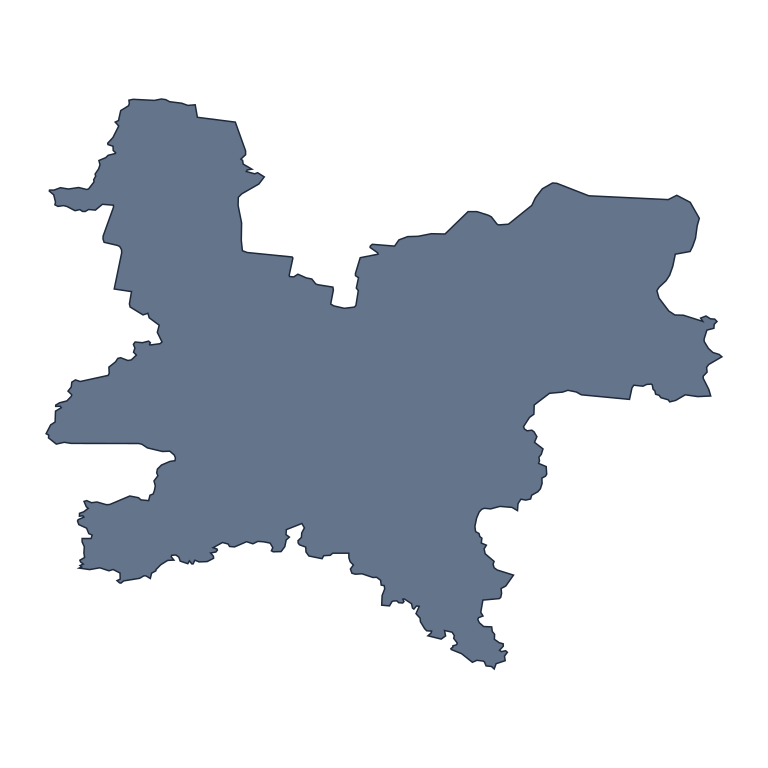 outline of Kirov
{"feature_id": "RUS-2384", "entity_name": "Kirov", "entity_type": "Region", "adm_level": 1, "iso_a3": "RUS", "parent_name": "Russia", "parent_adm1": "", "projection": "natural_earth1", "projection_center": [49.311, 58.566], "detail": "fine", "context": "isolated", "style": "filled", "palette": "slate", "viewbox_px": 768, "rotation_deg": 0, "n_neighbors": 0, "source": "natural_earth", "source_scale": "10m", "svg_char_len": 6050}
<svg xmlns="http://www.w3.org/2000/svg" viewBox="0 0 768 768"><path d="M413.9,609.1L412.5,608.1L411.5,603.7L404.4,599.0L402.8,599.2L404.0,601.6L402.7,603.0L398.7,602.7L396.9,600.9L393.4,601.0L392.0,601.6L389.5,605.9L381.7,605.2L382.1,595.6L384.7,588.9L384.2,585.6L381.2,585.1L380.6,580.3L376.6,577.3L373.0,577.5L362.0,573.8L355.3,574.2L351.9,573.2L350.4,569.0L353.4,565.0L350.2,561.8L348.9,557.9L348.8,553.2L332.7,553.2L330.3,555.3L323.7,555.7L322.1,558.7L308.9,556.0L306.0,552.0L305.7,547.1L299.5,544.8L298.2,543.1L298.0,540.7L301.4,537.4L301.7,533.0L304.4,527.9L301.9,523.5L286.4,529.6L286.0,534.6L289.4,537.1L286.2,540.0L284.8,546.7L281.1,551.6L273.2,551.8L271.4,550.8L272.8,547.6L270.1,543.1L263.6,541.8L257.8,541.4L252.9,543.8L246.6,541.7L234.6,546.9L229.6,546.5L228.1,544.0L222.5,542.5L213.1,547.7L217.0,549.0L217.4,550.1L215.9,552.0L210.6,553.0L213.4,556.2L213.6,558.3L207.2,561.6L199.0,561.9L194.9,560.2L193.1,563.9L191.8,563.9L189.4,560.9L187.8,563.7L180.2,561.1L178.8,557.1L175.9,555.0L171.7,555.3L171.2,556.7L173.9,560.1L167.7,560.4L160.8,564.7L156.0,569.6L155.9,570.8L151.6,573.2L150.3,578.5L146.0,575.9L143.9,575.8L139.7,578.3L123.7,580.9L121.0,583.1L119.6,582.9L117.0,580.6L120.2,579.1L120.0,573.0L113.1,569.5L109.0,570.8L99.8,567.8L89.6,569.6L79.1,568.1L81.6,566.9L80.0,565.5L83.3,564.1L80.5,561.9L79.9,560.2L84.6,557.5L83.9,553.0L84.3,546.7L82.1,541.9L82.1,538.5L91.1,538.5L92.1,535.1L88.8,533.6L86.6,528.2L78.8,524.6L77.5,521.0L78.1,519.7L83.9,517.1L82.8,515.8L79.4,516.2L79.5,513.3L83.7,511.8L88.2,508.3L86.3,506.8L84.0,501.4L86.7,500.6L91.5,502.7L97.0,502.0L106.4,504.7L109.7,504.5L129.8,496.0L138.5,497.7L141.0,499.9L148.6,500.6L150.0,495.2L153.1,494.0L154.4,490.6L155.3,485.9L154.0,480.9L157.9,475.8L156.7,472.8L157.4,469.1L161.5,465.0L170.0,461.4L175.0,460.7L175.4,457.9L174.3,455.1L169.8,451.2L162.5,451.5L147.4,447.9L141.8,444.2L138.7,443.5L71.2,443.4L64.2,442.3L56.3,444.1L48.5,437.9L48.7,435.1L46.1,433.7L50.7,424.8L55.1,422.0L55.5,411.1L61.3,407.7L60.2,406.3L55.7,406.4L55.7,405.1L59.5,402.8L66.9,400.9L71.4,396.2L71.7,394.7L68.0,391.1L71.2,387.1L71.8,382.2L75.4,379.9L80.2,381.5L108.1,375.4L109.2,373.4L108.9,367.1L115.5,361.9L117.8,358.4L120.6,357.7L127.9,360.5L131.3,359.9L136.4,355.1L133.5,352.2L134.9,348.1L133.4,344.3L135.1,342.0L142.5,342.7L148.6,341.1L150.4,342.7L149.5,344.3L150.0,345.0L160.0,343.7L162.0,342.0L157.3,332.3L159.2,325.2L149.2,317.8L147.9,313.3L143.0,314.9L130.1,307.0L129.4,303.9L131.5,291.6L114.2,289.0L121.7,252.7L121.5,249.6L119.7,246.5L117.4,245.4L104.1,242.3L103.0,239.0L103.1,236.1L113.5,207.2L113.4,205.2L102.4,204.3L95.4,210.1L88.6,209.5L85.2,211.5L82.4,211.4L79.9,209.6L75.0,210.7L67.0,206.5L63.5,205.6L58.0,206.4L54.9,204.8L55.5,202.1L53.7,194.8L49.3,191.1L49.5,190.1L54.0,190.1L60.4,187.7L68.4,189.0L78.7,187.5L86.7,189.5L88.6,188.9L94.0,181.9L93.7,179.6L95.7,176.2L95.1,174.1L98.6,168.9L100.0,164.8L98.9,160.5L105.8,157.6L108.1,155.3L115.3,153.5L115.6,152.7L113.2,150.5L113.0,146.2L108.0,144.6L107.7,143.2L112.9,137.6L118.7,126.0L115.2,122.1L118.5,120.5L120.7,110.6L128.6,105.7L129.3,103.4L128.9,100.2L133.1,99.3L154.4,100.4L161.3,99.0L165.7,99.6L169.6,101.7L181.7,103.2L187.8,105.4L195.2,104.8L197.4,117.3L235.3,122.1L245.6,150.9L245.6,154.7L240.9,159.1L242.6,160.4L243.2,164.1L251.9,169.2L247.2,170.0L246.3,171.5L254.7,173.8L257.6,172.7L264.3,176.9L258.9,184.0L241.8,193.8L238.3,197.3L238.1,205.4L241.6,222.9L241.3,240.3L242.4,250.7L247.2,252.5L292.2,257.0L292.9,258.1L289.2,275.1L289.5,276.5L293.7,276.9L297.9,274.2L306.3,277.9L311.8,279.0L315.7,283.9L317.8,284.7L332.9,287.1L333.4,289.9L330.7,304.0L333.8,305.9L344.3,308.3L354.3,307.1L355.9,305.5L358.3,290.6L356.3,288.1L358.5,277.7L355.5,275.7L355.4,273.6L360.2,257.7L378.0,254.2L377.8,252.9L370.1,247.5L370.2,246.2L372.3,244.3L394.6,246.1L398.9,239.9L407.7,236.6L418.1,236.3L431.3,233.7L445.0,234.0L468.1,211.6L476.9,211.6L488.5,215.3L491.4,216.9L497.0,224.1L498.6,224.9L508.4,224.2L531.8,205.4L535.4,197.8L542.3,188.8L552.5,183.0L556.8,183.3L588.8,195.8L668.2,199.6L676.8,195.3L690.2,202.3L699.3,218.3L697.2,225.8L695.5,238.3L692.7,246.3L690.1,251.5L675.3,254.2L672.8,266.3L669.7,275.1L666.0,280.8L659.2,287.1L656.9,290.6L659.0,298.1L668.8,311.0L674.9,315.0L683.3,315.2L702.8,321.4L700.6,318.1L706.0,316.0L710.4,318.8L714.7,319.1L717.0,321.5L714.2,324.3L713.9,328.3L706.9,330.1L704.1,339.1L704.2,341.5L708.4,348.4L712.9,352.5L719.1,354.4L721.9,356.8L708.7,364.5L706.6,367.4L707.1,372.1L703.2,376.2L703.2,378.3L708.8,389.4L710.7,396.0L697.7,396.6L685.3,394.8L675.7,400.4L669.7,401.9L668.2,399.8L660.9,397.7L659.1,395.3L655.6,394.2L654.9,391.0L653.0,389.1L652.3,384.9L651.2,384.1L646.7,384.4L643.0,386.2L633.8,385.2L632.0,387.8L629.5,399.4L581.3,394.8L576.3,392.0L567.9,390.3L562.6,392.1L549.5,393.3L534.2,405.0L533.9,414.2L529.5,417.4L523.5,426.7L524.5,429.0L527.1,430.8L531.9,430.2L534.1,431.9L536.9,436.7L534.5,442.3L543.0,448.9L541.3,454.3L538.9,457.3L539.5,460.8L538.6,463.4L546.2,466.6L546.7,474.2L545.5,476.2L541.9,478.1L542.1,483.4L540.4,488.8L537.8,491.8L531.7,495.2L530.6,499.0L525.7,500.1L520.9,499.2L518.0,503.7L517.5,510.6L512.0,507.4L499.9,506.4L490.6,508.9L484.5,508.3L481.8,509.2L479.2,512.0L476.6,518.1L474.9,526.4L475.6,531.6L479.0,533.5L479.8,536.5L481.9,538.2L481.3,543.0L486.4,545.2L484.1,548.9L485.2,553.8L494.1,561.4L493.1,564.2L494.1,567.7L497.2,570.0L513.5,575.1L505.8,586.0L501.1,588.5L501.6,593.3L500.7,597.4L499.3,598.6L482.9,600.1L480.8,612.3L483.0,616.0L478.5,617.7L477.8,619.4L479.3,622.7L483.6,626.5L491.7,626.9L492.3,631.5L494.6,634.3L494.4,639.3L499.2,642.7L503.2,643.8L503.3,646.2L499.5,650.3L501.4,651.6L505.6,650.7L507.4,652.3L504.5,656.1L505.2,660.7L496.1,663.7L494.2,669.0L491.5,666.5L486.1,665.9L484.4,661.9L483.2,661.1L476.9,660.3L472.4,662.3L461.6,653.7L451.2,649.5L450.9,648.6L452.8,647.2L452.9,645.8L456.5,644.8L457.3,643.1L453.7,638.4L454.3,635.6L452.1,632.2L444.5,630.5L445.6,635.9L441.2,639.1L427.9,635.8L431.1,633.0L431.6,631.1L426.7,630.8L424.6,628.6L420.4,621.7L420.1,618.2L416.0,613.7L419.2,606.3L416.5,606.0L413.9,609.1Z" fill="#64748b" stroke="#1e293b" stroke-width="1.5"/></svg>